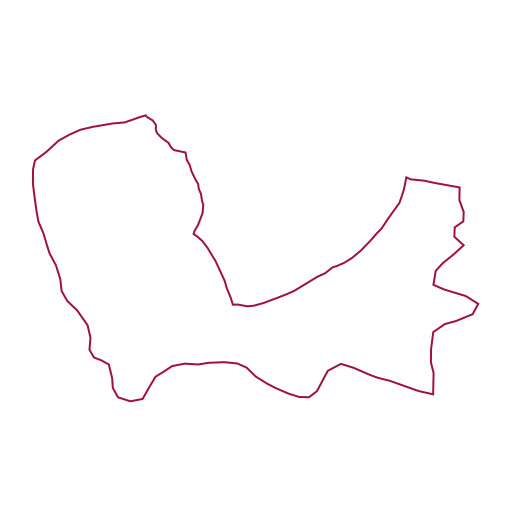 outline of Ndokwa West, Delta, Nigeria, rotated 88°
{"feature_id": "59680162B28606864431003", "entity_name": "Ndokwa West", "entity_type": "district", "adm_level": 2, "iso_a3": "NGA", "parent_name": "Nigeria", "parent_adm1": "Delta", "projection": "natural_earth1", "projection_center": [6.332, 5.825], "detail": "fine", "context": "isolated", "style": "outline", "palette": "rose", "viewbox_px": 512, "rotation_deg": 88, "n_neighbors": 0, "source": "geoboundaries", "source_scale": "gbopen_adm2", "svg_char_len": 2069}
<svg xmlns="http://www.w3.org/2000/svg" viewBox="0 0 512 512"><g transform="rotate(88 256 256)"><path d="M152.8,473.6L161.7,475.8L176.1,476.4L186.8,475.5L202.5,473.9L213.9,472.3L225.8,467.7L237.7,464.6L245.9,462.3L258.5,456.2L272.3,452.4L284.2,451.5L294.3,446.2L304.3,436.5L310.9,432.2L319.4,426.7L331.9,424.3L343.9,425.7L351.8,421.4L354.9,414.1L355.9,412.5L359.3,406.9L373.1,404.0L382.8,403.7L392.4,398.9L396.8,386.6L394.9,374.3L383.1,367.1L373.1,360.6L370.1,355.3L368.1,351.8L363.1,343.7L361.1,331.1L362.4,317.7L361.1,307.3L361.0,291.7L361.9,284.7L362.8,278.3L367.2,269.3L376.6,260.3L384.1,249.1L389.1,240.1L394.7,228.2L398.4,217.7L399.0,208.0L393.3,199.9L384.8,194.9L384.5,194.8L373.2,188.2L366.8,174.9L371.2,162.2L378.0,148.0L379.9,143.6L381.8,139.0L385.5,126.4L391.7,110.7L396.7,98.0L400.4,83.8L379.1,82.6L368.4,84.9L355.2,84.3L338.2,81.5L330.6,69.6L328.0,58.5L321.7,41.5L316.0,38.2L311.6,35.6L303.4,47.6L296.0,69.2L291.0,79.7L284.1,78.3L277.1,76.9L269.6,69.5L260.7,57.7L252.5,48.1L243.7,57.1L234.3,56.4L228.6,47.6L219.2,46.9L207.2,50.8L194.6,50.1L189.1,75.5L186.6,85.2L184.8,98.6L182.7,103.0L187.3,104.1L194.4,105.8L201.5,108.3L207.9,110.8L222.0,121.7L232.8,129.5L237.3,134.2L245.5,141.9L254.4,151.2L261.4,160.3L265.8,167.9L268.8,175.5L270.1,180.0L275.7,187.6L276.9,190.5L278.8,195.2L292.0,218.7L295.1,226.3L297.5,233.1L298.4,235.6L300.0,240.6L303.1,249.6L305.5,259.4L306.0,266.1L304.6,272.7L303.9,275.7L303.8,280.9L303.5,280.9L296.6,282.8L287.5,286.2L279.7,288.2L260.1,296.4L246.4,304.0L239.9,308.5L239.2,309.0L234.5,314.0L231.9,317.6L229.3,316.8L222.9,312.8L211.3,307.9L203.0,306.9L199.1,308.0L192.0,308.8L187.3,310.8L182.1,311.3L176.3,314.4L169.3,317.4L162.6,319.2L157.5,321.8L150.1,322.8L147.3,334.2L146.0,335.6L145.6,336.2L142.7,338.1L140.6,339.1L139.9,339.4L136.7,343.6L134.2,346.6L130.1,350.3L128.2,351.2L125.5,351.8L124.0,351.5L121.5,351.5L116.9,354.5L113.3,360.1L111.6,361.3L112.8,366.2L117.9,382.5L118.6,395.1L121.2,414.4L123.7,427.1L128.2,438.2L133.9,449.3L144.6,461.8L147.1,465.4L152.8,473.6Z" fill="none" stroke="#9f1239" stroke-width="2"/></g></svg>